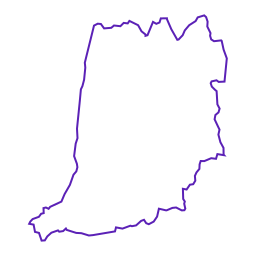 the district of Naranjito, Puerto Rico
{"feature_id": "32010507B80614899484924", "entity_name": "Naranjito", "entity_type": "district", "adm_level": 2, "iso_a3": "PRI", "parent_name": "Puerto Rico", "parent_adm1": "", "projection": "equal_earth", "projection_center": [-66.251, 18.288], "detail": "fine", "context": "isolated", "style": "outline", "palette": "violet", "viewbox_px": 256, "rotation_deg": 0, "n_neighbors": 0, "source": "geoboundaries", "source_scale": "gbopen_adm2", "svg_char_len": 1761}
<svg xmlns="http://www.w3.org/2000/svg" viewBox="0 0 256 256"><path d="M94.0,25.6L86.2,57.1L84.8,62.8L85.0,64.3L85.3,67.7L84.1,79.7L82.4,86.2L80.9,89.3L79.8,101.1L77.0,128.7L77.5,138.1L75.7,143.6L74.1,156.1L76.9,163.8L77.4,167.2L76.3,171.4L73.5,174.7L69.9,184.9L64.6,194.1L61.4,201.6L50.2,206.8L48.6,208.8L45.9,207.5L43.5,208.1L43.7,213.1L41.1,213.8L38.9,216.8L32.6,219.1L30.3,221.6L29.2,223.8L33.6,224.6L35.0,231.9L39.0,232.9L41.6,240.6L44.8,240.4L47.3,236.4L51.4,232.7L58.0,230.4L59.2,231.7L63.1,231.1L65.9,228.5L66.7,229.9L76.2,232.9L81.4,233.2L88.9,235.5L93.0,235.1L115.0,231.4L116.0,227.4L122.5,228.6L130.4,225.7L131.9,226.2L136.1,225.4L141.1,220.9L144.0,219.8L146.2,223.2L148.8,224.2L153.7,221.6L157.1,216.6L158.9,208.7L165.8,210.3L166.7,210.3L172.4,207.9L176.1,207.5L181.8,210.4L184.4,210.2L185.3,208.6L184.2,203.7L184.8,201.5L183.2,199.0L182.9,188.8L186.6,189.5L189.9,184.7L193.2,184.2L195.3,180.7L194.9,175.9L196.5,172.4L199.4,168.9L199.6,164.3L200.7,161.0L204.3,161.1L211.2,158.2L216.0,158.8L217.4,154.1L224.1,155.2L223.6,154.6L223.5,147.9L220.4,142.2L218.4,134.6L219.5,129.6L217.9,126.3L214.6,119.3L215.4,115.0L218.5,112.4L219.6,108.6L217.4,104.4L216.6,91.1L215.0,89.8L211.8,86.6L210.7,83.2L211.6,81.4L216.5,80.3L218.7,81.9L224.5,81.6L226.7,59.5L226.8,58.4L223.6,49.6L221.7,40.9L221.2,40.4L214.0,41.2L211.2,39.4L210.1,35.8L210.5,33.1L207.3,26.5L207.6,21.6L206.1,17.1L204.2,15.4L197.7,17.4L195.6,21.1L189.2,25.2L184.8,30.4L182.7,35.2L178.6,39.5L177.3,39.8L171.3,29.2L167.0,19.3L166.9,18.3L160.8,18.4L159.5,22.5L156.3,23.8L153.0,21.9L147.5,35.2L145.5,35.8L145.5,34.5L141.5,31.3L138.1,25.2L129.4,20.9L127.7,23.4L123.7,22.9L120.4,26.2L114.0,25.5L111.3,27.8L104.1,28.4L100.9,24.0L97.7,23.7L94.0,25.6Z" fill="none" stroke="#5b21b6" stroke-width="2"/></svg>